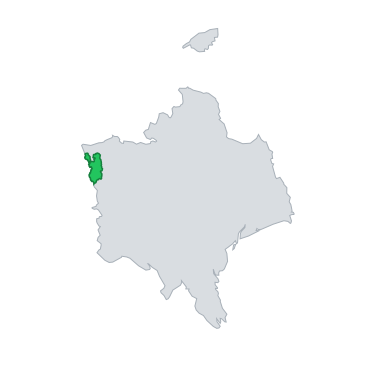 location of Moselle within France, rotated 236°
{"feature_id": "FRA-5328", "entity_name": "Moselle", "entity_type": "Metropolitan department", "adm_level": 1, "iso_a3": "FRA", "parent_name": "France", "parent_adm1": "", "projection": "equal_earth", "projection_center": [6.833, 49.011], "detail": "fine", "context": "in_parent", "style": "filled", "palette": "green", "viewbox_px": 384, "rotation_deg": 236, "n_neighbors": 0, "source": "natural_earth", "source_scale": "10m", "svg_char_len": 6751}
<svg xmlns="http://www.w3.org/2000/svg" viewBox="0 0 384 384"><g transform="rotate(236 192 192)"><path d="M283.4,157.8L281.2,158.9L279.9,161.0L278.5,161.5L276.0,161.5L274.8,160.2L271.8,161.0L270.6,162.4L272.4,164.0L266.5,170.9L262.7,172.7L261.8,177.1L257.4,180.4L255.7,184.0L255.5,184.7L256.7,185.8L256.2,188.1L253.9,189.6L253.9,191.1L254.5,191.3L258.0,190.1L259.3,188.8L258.7,186.9L262.2,184.6L268.4,185.2L269.1,188.2L268.3,190.8L272.8,196.4L268.9,199.0L268.7,200.7L272.7,206.3L275.2,208.6L273.9,212.4L269.6,214.9L266.9,214.7L265.7,215.3L265.8,216.5L267.7,219.9L272.3,222.1L273.0,224.8L271.7,225.7L269.6,229.6L270.5,231.6L270.2,232.4L270.6,233.8L271.9,235.1L278.3,238.5L284.1,237.8L284.9,239.8L281.3,245.0L281.5,247.3L279.7,247.3L279.4,248.1L275.8,249.9L270.0,255.1L267.3,256.7L266.2,259.4L264.6,260.9L256.2,263.9L254.7,263.2L250.6,263.3L248.1,261.4L243.2,260.2L241.6,257.4L237.1,256.9L236.9,255.0L230.5,256.7L221.5,254.2L218.4,251.4L215.8,252.2L213.5,254.6L203.7,261.0L199.8,267.7L200.3,275.5L202.5,279.3L196.6,278.7L193.0,279.9L192.1,281.5L183.8,279.6L180.6,281.2L179.8,281.1L178.7,279.5L174.7,277.6L175.4,276.3L174.8,275.2L171.0,274.2L169.6,275.4L168.2,273.1L157.5,269.5L155.8,269.6L155.0,273.1L148.0,273.0L147.1,272.4L142.6,273.1L137.9,269.8L132.6,270.5L129.5,267.1L126.3,266.9L122.0,265.1L120.0,264.2L119.8,263.2L118.4,264.7L116.7,264.4L116.4,263.9L117.5,262.1L117.9,259.9L112.4,258.3L111.0,256.7L111.0,255.9L114.0,255.1L116.8,252.1L119.9,241.3L122.3,228.5L123.7,226.0L125.5,225.4L124.2,223.6L122.4,225.9L123.9,214.3L126.3,205.6L130.7,209.1L131.7,210.7L132.9,215.9L135.4,218.1L133.8,215.9L132.4,209.0L131.4,207.1L124.4,201.3L124.2,200.0L127.4,200.7L126.3,196.4L125.9,187.4L121.5,186.5L114.6,182.7L110.1,175.8L109.7,173.3L111.1,170.6L110.0,168.9L108.0,167.7L109.7,165.4L111.2,165.2L116.2,166.5L112.2,164.3L105.4,165.0L102.8,164.3L102.4,162.7L104.3,160.6L102.1,159.3L98.3,159.6L97.8,159.1L99.0,157.6L98.1,157.1L94.9,157.7L93.2,157.2L91.6,155.5L86.5,155.1L85.4,154.2L78.6,152.2L71.2,152.6L69.4,149.2L65.1,147.6L66.0,146.6L70.5,145.6L71.5,144.7L68.3,143.3L67.3,141.9L73.2,141.6L70.6,140.2L64.9,140.3L64.2,138.3L65.1,136.3L68.6,134.5L77.1,132.5L83.2,132.4L87.6,130.1L91.9,129.5L95.8,130.6L101.0,136.3L105.5,133.8L112.0,133.9L113.2,135.3L115.1,132.7L116.4,134.2L124.4,133.7L122.6,132.7L121.2,130.3L121.4,121.3L117.7,114.9L116.8,112.5L117.2,110.5L121.8,110.9L125.8,110.0L127.6,110.6L127.9,114.8L129.4,117.2L140.2,117.9L146.4,119.2L151.8,116.9L156.8,115.8L157.2,115.3L154.4,115.5L151.8,114.5L151.5,113.4L153.0,110.1L160.6,106.5L171.8,103.5L174.7,101.5L178.0,97.9L177.3,97.0L178.2,87.1L179.9,83.9L184.1,81.6L194.8,79.3L196.0,82.4L195.9,84.1L198.7,86.9L200.0,87.7L204.7,86.2L206.9,88.8L207.5,91.7L213.1,92.9L214.6,96.7L215.7,95.9L219.2,96.0L220.8,96.4L223.1,98.0L222.3,100.3L223.3,101.4L222.3,103.5L223.0,104.4L229.4,104.4L231.4,103.4L232.3,101.3L234.3,100.1L235.0,100.5L233.7,104.4L234.6,105.4L235.0,108.2L237.4,108.4L242.2,110.7L246.2,114.4L251.1,113.8L255.0,115.9L259.1,114.8L262.8,115.9L264.2,117.0L267.7,122.3L270.4,121.2L272.4,121.8L273.0,123.3L280.3,122.5L281.6,123.9L283.1,124.5L292.4,126.5L292.5,128.4L287.2,134.1L284.9,142.2L283.3,145.0L282.8,147.1L283.2,148.5L282.9,150.7L281.8,156.0L282.5,157.5L283.4,157.8ZM318.2,270.3L317.8,273.9L319.2,276.4L319.8,286.6L317.1,291.6L316.6,297.6L313.2,304.7L307.8,301.5L306.1,299.8L307.6,297.0L304.4,295.6L305.2,292.9L304.8,291.6L302.6,291.5L302.5,290.8L304.1,288.7L304.0,287.5L301.9,285.9L301.5,284.5L303.5,282.9L302.6,281.5L301.5,281.1L304.1,276.5L306.0,275.1L310.2,273.8L311.9,272.1L314.7,273.0L315.2,272.5L316.0,265.2L317.0,265.1L317.9,266.1L318.2,270.3ZM124.9,196.9L124.2,198.9L121.5,195.4L121.3,193.5L124.9,196.9Z" fill="#d9dde1" stroke="#a8b0b8" stroke-width="1"/><path d="M260.9,115.7L261.0,115.7L261.5,115.4L261.9,115.4L263.5,116.1L263.8,116.3L263.9,116.5L263.9,116.8L264.0,117.0L264.9,117.8L264.9,118.1L264.5,118.1L264.5,118.3L264.6,118.5L264.9,118.8L266.0,119.8L266.0,120.1L266.1,120.3L266.4,120.3L266.6,120.8L266.7,121.0L266.8,121.2L267.1,121.1L267.2,121.4L267.1,121.7L267.1,122.0L267.3,122.3L267.5,122.4L268.3,122.4L269.0,122.6L269.5,122.2L269.5,121.8L269.3,121.5L269.4,121.2L269.6,121.1L270.3,121.3L270.9,121.2L271.0,121.3L272.1,121.8L272.5,121.8L272.5,122.6L272.7,123.2L273.1,123.5L273.7,123.2L273.6,122.9L273.8,122.7L274.5,123.1L274.8,123.2L275.1,123.3L276.6,123.3L277.1,123.5L277.3,123.4L277.5,123.1L278.1,122.9L278.3,122.7L278.5,122.4L278.8,122.2L279.2,122.1L279.6,122.1L279.7,122.3L280.4,122.4L280.7,122.5L280.9,122.8L280.7,122.9L280.7,123.0L280.9,123.2L281.3,123.8L281.5,124.0L281.9,124.2L282.7,124.3L283.1,124.5L283.4,124.9L283.5,125.0L283.1,126.0L282.8,126.8L282.6,127.0L282.3,127.2L282.1,127.3L281.8,127.2L281.3,126.9L281.2,126.9L280.8,126.8L279.0,127.1L278.4,127.2L278.0,127.1L277.8,127.0L277.7,126.9L277.6,126.6L277.4,126.4L277.2,126.3L276.5,126.2L275.8,125.9L275.1,125.8L274.9,125.7L274.7,125.4L274.5,124.8L274.5,124.6L274.3,124.5L274.1,124.4L273.9,124.4L273.7,124.5L273.8,125.0L273.7,125.2L273.4,125.5L273.2,125.9L273.2,126.0L273.2,126.3L273.0,126.5L272.4,127.0L272.2,127.1L272.1,127.3L272.0,127.5L272.0,127.9L272.0,128.0L272.3,128.3L272.6,128.5L273.6,128.9L274.0,129.0L273.8,129.5L273.7,129.7L273.7,129.8L273.8,129.9L273.9,130.0L274.0,130.2L274.1,130.4L274.2,130.6L274.3,130.6L274.5,130.6L274.8,130.4L275.0,130.1L275.5,129.9L275.7,129.7L275.7,129.3L275.8,129.2L276.0,129.2L276.1,129.3L276.2,129.5L276.3,129.8L276.6,129.9L276.7,130.0L277.7,130.9L277.8,131.1L278.0,131.3L278.0,131.5L277.9,131.7L277.5,132.4L277.2,132.7L277.1,133.0L277.1,133.3L277.3,133.4L277.6,133.5L277.6,133.9L277.4,134.4L277.3,135.0L277.2,135.3L277.0,135.5L276.9,135.6L276.2,136.0L275.9,136.3L274.1,136.5L273.9,136.6L271.9,134.7L271.1,134.3L270.8,134.3L270.3,134.4L270.0,134.5L267.2,133.4L266.5,132.8L265.7,132.5L265.3,132.3L265.1,132.1L264.7,131.5L264.6,131.4L263.9,131.4L263.5,131.3L262.7,130.8L262.4,130.6L262.0,130.7L261.6,130.8L261.3,130.8L260.2,129.6L260.1,129.3L260.0,129.1L260.0,128.8L260.1,128.6L260.2,128.3L260.4,128.2L260.4,127.9L260.3,127.7L260.2,127.6L259.8,127.4L257.3,127.4L257.0,127.2L256.8,126.8L256.7,126.6L255.9,126.4L255.7,126.3L255.6,126.2L255.5,125.7L255.4,125.4L254.2,124.9L253.9,124.7L253.6,124.0L253.6,123.7L253.9,123.5L254.6,123.2L254.9,122.9L255.0,122.5L254.9,122.1L254.7,121.7L254.5,121.4L254.7,121.1L255.0,120.9L255.1,120.7L255.1,120.4L254.9,119.8L254.9,119.3L254.7,119.0L254.3,118.7L254.1,118.4L254.0,118.1L254.0,117.9L253.8,117.8L253.6,117.7L253.5,117.4L253.5,117.1L253.7,116.5L253.8,116.2L253.7,115.6L253.5,115.1L253.9,115.3L254.1,116.0L254.4,115.9L255.9,115.8L256.2,115.7L256.3,115.5L256.6,115.4L256.6,115.2L256.8,115.0L257.3,115.0L257.2,114.8L258.2,114.7L258.7,114.7L259.2,114.9L260.0,115.4L260.5,115.6L260.9,115.7Z" fill="#22c55e" stroke="#15803d" stroke-width="1.5"/></g></svg>